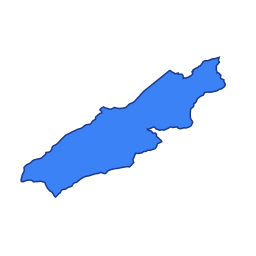 outline of Teresina de Goiás, Goiás, Brazil, rotated 228°
{"feature_id": "56859067B93645483356957", "entity_name": "Teresina de Goiás", "entity_type": "district", "adm_level": 2, "iso_a3": "BRA", "parent_name": "Brazil", "parent_adm1": "Goiás", "projection": "robinson", "projection_center": [-47.245, -13.693], "detail": "fine", "context": "isolated", "style": "filled", "palette": "blue", "viewbox_px": 256, "rotation_deg": 228, "n_neighbors": 0, "source": "geoboundaries", "source_scale": "gbopen_adm2", "svg_char_len": 3471}
<svg xmlns="http://www.w3.org/2000/svg" viewBox="0 0 256 256"><g transform="rotate(228 128 128)"><path d="M142.9,197.0L144.7,164.4L144.4,161.3L143.4,150.5L143.6,148.9L144.0,147.5L144.9,144.9L144.7,142.4L144.7,139.8L145.6,138.5L146.3,137.2L147.4,135.9L148.4,134.5L150.0,133.2L152.4,131.6L152.9,129.4L153.5,127.8L154.7,126.7L156.7,125.5L158.0,124.6L160.0,123.9L160.6,121.7L160.6,120.5L160.3,119.2L158.8,119.5L157.5,119.4L156.8,118.2L157.6,117.0L157.8,114.3L157.8,112.5L157.7,111.0L156.8,110.5L156.3,109.3L156.6,107.9L156.8,106.6L156.6,105.3L156.1,103.5L156.2,102.1L157.1,101.1L158.3,99.2L158.8,97.5L158.8,94.7L159.1,93.0L160.2,90.9L160.7,89.5L161.2,88.0L162.1,85.1L162.7,83.2L163.1,81.2L164.4,77.0L164.1,70.6L164.0,69.1L163.9,67.6L163.7,66.4L163.7,64.5L163.9,63.2L164.7,60.5L164.4,58.6L163.3,57.4L162.6,55.0L162.8,53.4L164.7,50.6L163.7,49.6L163.5,47.6L163.7,45.5L163.5,44.2L164.0,42.5L164.8,41.1L167.2,36.7L167.5,35.1L167.4,32.5L167.5,31.3L167.9,30.0L168.4,28.5L168.5,27.0L168.3,24.4L166.1,22.7L165.2,21.4L164.0,18.2L161.0,13.8L159.6,12.9L158.6,13.7L157.7,15.5L156.6,18.2L154.3,20.9L152.7,21.7L151.2,21.7L149.9,23.6L148.3,25.4L146.8,27.6L143.9,29.3L142.9,29.8L141.4,29.0L136.5,27.8L134.3,27.9L133.2,27.9L131.7,28.5L129.3,28.4L127.8,27.9L126.4,27.7L125.1,28.0L125.3,30.7L125.5,32.3L125.2,34.5L126.0,35.9L126.2,37.8L124.2,41.1L124.1,43.1L123.6,44.8L122.7,46.1L122.4,47.4L123.2,49.6L123.1,51.6L122.0,53.6L121.9,56.1L121.8,58.5L121.4,61.0L121.0,62.7L119.8,65.0L118.7,66.8L115.9,73.0L113.9,75.9L113.2,78.2L111.8,78.8L110.1,79.8L109.3,80.7L109.2,82.1L109.6,83.5L109.2,85.8L108.1,88.2L106.7,90.8L104.7,93.6L102.7,97.1L100.2,101.0L99.5,101.9L98.1,103.0L98.1,105.6L98.5,107.5L98.5,109.2L101.2,110.3L102.2,112.9L104.2,116.8L103.1,117.6L101.7,119.3L100.6,121.0L100.1,122.3L100.1,123.8L99.3,124.7L98.5,126.1L98.2,127.9L96.6,129.5L95.8,131.6L94.6,134.0L94.8,135.9L95.5,137.7L96.4,138.6L96.4,139.8L95.6,142.5L95.2,143.9L96.7,144.3L98.8,144.0L101.0,143.9L102.5,143.4L104.3,145.0L106.0,144.9L107.5,143.0L109.4,143.3L110.7,143.1L111.5,142.4L112.9,141.5L114.2,141.7L113.2,143.3L112.7,144.4L112.1,146.4L111.6,147.9L110.3,148.3L108.4,148.2L106.5,149.4L105.0,150.0L104.5,151.4L103.6,152.5L102.3,153.2L101.9,154.6L100.8,158.1L100.6,159.9L99.6,161.0L98.3,161.7L97.6,162.8L96.9,163.9L95.7,165.4L94.6,165.1L92.8,166.0L91.7,167.5L90.9,169.5L89.3,171.0L88.3,173.0L87.7,174.7L87.5,176.5L88.8,179.7L89.8,180.4L91.6,180.4L93.3,181.0L94.4,181.7L96.1,183.0L98.9,185.8L100.4,187.8L100.0,190.1L100.2,191.2L101.1,192.3L102.2,193.4L101.6,194.8L102.2,196.9L103.3,199.1L103.1,203.0L102.0,206.0L103.1,208.5L101.9,210.6L100.2,212.4L98.6,214.3L97.4,216.8L96.2,218.7L95.7,221.4L95.3,222.5L94.5,223.5L94.2,227.2L95.1,229.3L96.7,230.1L98.4,230.3L99.6,231.5L102.4,230.2L103.6,230.3L105.1,232.4L106.1,232.0L107.3,232.4L108.4,232.1L109.5,231.0L110.5,231.9L112.5,232.7L113.3,233.9L114.3,234.4L115.3,235.5L115.3,237.4L115.8,240.0L117.8,240.3L119.5,243.1L120.0,242.0L121.0,239.9L121.6,238.6L122.8,237.2L123.4,235.6L124.0,234.0L124.8,232.1L126.3,230.6L127.0,228.3L126.5,226.8L126.1,224.8L125.8,223.2L126.4,222.1L126.3,220.5L126.8,219.0L127.2,217.8L127.3,216.5L127.6,214.8L126.5,214.4L126.9,213.1L125.0,212.5L124.6,210.3L125.2,208.5L125.2,207.0L126.1,205.8L126.3,204.2L127.4,203.6L127.8,202.3L129.1,203.2L130.3,204.0L132.0,204.0L132.8,202.9L133.7,202.3L134.4,201.2L135.3,202.0L136.1,200.6L136.8,199.2L138.6,199.0L139.6,198.3L140.7,198.0L142.3,198.0L142.9,197.0Z" fill="#3b82f6" stroke="#1e3a8a" stroke-width="1.5"/></g></svg>